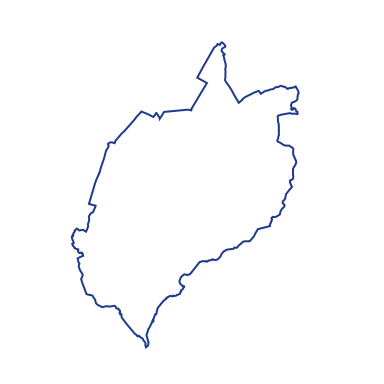 Gherta Mica, Satu Mare, Romania, rotated 161°
{"feature_id": "2599482B13722871342029", "entity_name": "Gherta Mica", "entity_type": "district", "adm_level": 2, "iso_a3": "ROU", "parent_name": "Romania", "parent_adm1": "Satu Mare", "projection": "orthographic", "projection_center": [23.217, 47.934], "detail": "fine", "context": "isolated", "style": "outline", "palette": "blue", "viewbox_px": 384, "rotation_deg": 161, "n_neighbors": 0, "source": "geoboundaries", "source_scale": "gbopen_adm2", "svg_char_len": 5958}
<svg xmlns="http://www.w3.org/2000/svg" viewBox="0 0 384 384"><g transform="rotate(161 192 192)"><path d="M286.1,60.2L283.4,61.2L282.7,62.8L282.2,63.6L282.0,64.1L282.2,65.5L281.9,67.0L281.7,71.0L281.3,72.0L279.2,74.6L278.7,75.7L275.4,78.6L275.0,79.2L273.5,80.4L272.9,81.4L271.8,81.8L271.7,82.3L271.3,82.0L270.4,82.4L270.3,82.7L270.5,84.0L270.4,84.2L269.1,85.0L268.3,86.4L267.4,87.2L266.9,87.8L266.6,88.0L266.4,88.4L265.9,88.1L265.3,88.3L264.5,90.0L263.6,91.5L262.8,92.4L262.5,93.2L261.9,93.6L261.5,94.1L260.5,94.5L259.5,95.3L258.8,95.5L258.0,96.3L256.5,96.9L254.7,98.3L252.5,98.9L251.8,99.5L250.9,99.5L250.7,99.6L250.6,100.2L250.3,100.4L249.0,100.4L246.8,100.9L246.4,100.7L245.8,100.6L244.9,99.8L244.7,99.7L243.7,100.2L242.5,99.2L241.6,99.4L240.7,99.2L239.9,99.6L239.1,99.4L238.0,99.6L236.8,99.5L235.7,100.9L235.3,100.9L234.7,101.5L234.7,102.0L233.9,102.7L232.7,103.0L231.5,103.9L231.3,104.4L230.4,104.7L230.2,105.0L230.1,105.3L231.2,106.2L231.8,106.5L232.0,107.4L233.0,108.9L233.1,109.4L233.1,110.6L232.8,112.0L232.5,112.5L231.9,112.9L231.0,114.2L230.1,115.0L228.5,115.9L226.7,116.5L226.0,116.6L225.6,116.5L223.7,115.1L223.1,115.2L222.0,114.8L220.3,115.1L207.6,123.3L206.6,123.0L205.3,123.3L203.7,123.0L201.9,121.8L200.9,122.1L200.1,121.2L198.3,121.8L197.5,121.5L196.8,121.6L196.1,121.3L195.5,121.5L194.8,121.3L194.5,121.7L192.8,120.4L191.7,119.9L189.5,120.0L188.6,120.4L186.4,121.6L185.7,122.1L184.5,123.5L181.5,125.5L180.3,125.5L179.0,126.0L177.6,126.1L171.2,124.8L170.0,125.7L169.6,125.3L168.9,125.1L167.9,124.7L166.8,125.1L165.9,125.9L159.4,128.5L153.4,126.7L147.9,129.9L145.3,132.5L143.4,134.0L141.9,135.4L129.3,134.4L129.1,135.5L128.7,135.9L128.5,136.4L127.0,137.6L126.9,138.1L126.4,138.7L125.3,139.7L125.5,140.8L125.4,141.4L124.5,141.7L123.9,142.3L123.6,142.2L122.5,141.5L120.3,141.2L116.4,142.1L114.4,145.1L112.5,146.7L109.5,148.1L108.7,149.7L109.7,151.3L109.9,152.3L109.1,153.7L107.8,154.2L105.9,155.5L105.3,156.9L103.7,159.4L101.0,161.2L95.7,164.4L96.0,165.6L96.2,169.3L95.7,170.4L95.6,170.9L92.6,171.3L91.5,172.8L91.2,173.5L91.0,175.1L88.8,181.3L85.1,184.3L84.1,185.7L83.5,186.8L84.1,194.7L83.1,197.6L82.3,199.3L82.2,200.2L82.4,200.8L84.1,202.9L84.8,204.1L89.0,205.7L89.9,206.5L90.8,207.4L91.9,209.1L93.8,211.1L94.2,211.3L94.6,211.9L94.7,212.3L94.7,212.7L93.1,214.8L92.0,216.7L91.2,217.6L91.0,218.9L90.3,220.4L89.2,223.9L88.9,224.6L88.6,225.4L88.6,226.1L88.1,227.2L87.8,228.8L87.8,230.2L87.4,232.0L86.8,233.6L86.7,234.9L85.8,236.1L81.6,236.0L74.5,234.8L73.5,234.5L71.8,233.4L68.2,232.2L67.5,231.5L67.0,231.3L66.1,233.2L67.2,234.8L67.3,235.4L67.1,236.7L67.2,237.2L68.5,238.2L68.8,238.1L69.6,237.2L70.6,237.1L70.9,237.3L70.8,237.9L71.0,237.9L71.2,238.2L70.5,238.9L70.3,239.4L70.2,241.7L70.0,242.1L68.4,243.9L68.0,244.1L66.4,243.9L65.1,244.1L63.1,244.6L62.0,245.6L61.8,246.0L61.5,247.3L60.8,248.1L60.5,249.2L59.8,250.1L59.2,250.3L59.0,251.3L58.7,252.1L58.7,252.9L59.6,258.1L61.6,257.6L63.2,258.2L64.3,258.0L65.1,258.2L65.9,258.7L67.4,258.3L68.1,258.4L68.4,258.8L68.7,259.7L69.5,260.3L69.9,261.3L70.9,261.5L72.4,262.8L73.6,263.5L76.3,263.3L79.3,263.8L81.5,262.9L84.8,263.4L87.4,263.2L88.1,263.5L89.0,263.7L91.7,263.3L94.9,262.4L95.9,265.8L96.8,265.9L100.3,265.8L110.4,264.5L112.4,264.0L115.4,262.4L118.7,261.1L120.5,269.7L121.3,274.9L122.6,280.4L123.3,282.4L124.3,286.2L124.3,286.8L123.9,288.2L123.0,289.7L121.7,293.5L121.1,294.7L121.0,295.2L121.0,295.7L120.3,297.8L119.0,300.0L118.5,302.5L118.4,305.0L118.0,308.1L117.9,309.7L118.0,311.1L116.5,311.2L116.3,311.8L117.6,314.1L118.0,315.4L117.9,316.2L117.3,317.2L116.4,317.9L113.7,318.3L113.2,318.7L113.0,319.0L113.0,319.8L114.0,322.2L114.8,323.6L115.4,323.8L115.7,323.8L117.8,322.1L118.3,322.3L119.3,323.4L119.7,323.6L120.7,322.4L124.0,321.4L140.2,307.2L149.8,298.4L142.4,290.2L165.2,271.0L165.5,270.4L165.7,270.5L166.3,269.5L169.1,271.2L192.3,276.8L198.7,271.7L198.5,273.2L198.7,274.0L199.0,274.8L199.6,277.6L200.0,278.3L200.5,278.2L201.9,276.8L204.1,275.5L208.4,280.0L213.7,284.6L215.4,283.5L221.0,280.6L221.5,279.9L236.3,271.5L239.4,270.2L247.7,265.3L249.3,263.3L251.7,265.2L253.8,265.5L255.6,265.0L256.0,264.5L255.7,263.5L255.7,262.7L258.8,259.7L259.5,259.5L264.3,252.3L270.2,244.7L272.3,241.6L274.0,239.7L273.8,239.7L278.4,234.8L280.5,232.2L293.3,214.3L287.6,210.4L287.9,209.8L292.1,205.2L294.6,204.8L297.3,202.7L298.3,199.0L300.7,195.6L301.1,194.9L301.3,193.5L302.4,192.0L305.1,189.0L307.5,191.8L311.1,192.3L311.6,193.1L311.9,194.0L312.5,194.6L313.0,194.9L313.4,194.9L314.9,193.7L315.4,193.7L315.3,193.4L315.4,193.1L316.1,192.5L317.7,191.5L317.9,191.2L317.9,190.7L318.8,189.1L319.0,189.2L319.0,189.8L319.3,189.8L319.8,189.2L320.5,187.9L320.4,187.1L320.6,185.8L320.2,184.6L320.4,183.8L320.4,182.8L320.5,182.2L321.2,182.2L322.0,182.1L321.9,181.1L322.3,180.4L322.3,180.2L321.7,179.4L321.5,178.8L321.4,177.4L321.2,177.1L320.8,177.1L320.6,176.5L319.9,175.7L318.2,174.8L318.2,174.5L318.8,173.7L319.1,173.2L319.0,172.1L318.8,171.6L318.5,171.2L317.8,170.7L317.4,170.9L316.7,170.9L315.8,170.3L315.9,169.9L316.0,169.4L315.4,168.8L315.6,168.3L315.7,167.1L319.0,166.9L321.8,166.4L322.0,164.2L322.1,163.8L322.2,162.6L321.7,161.3L321.8,160.9L323.0,159.3L323.4,157.7L323.3,154.1L322.6,151.3L322.3,149.2L322.5,148.8L323.1,147.9L325.0,146.0L325.2,145.6L325.3,141.5L325.0,130.0L324.9,129.8L323.7,128.8L320.5,127.0L319.8,126.3L319.6,125.7L319.5,124.5L318.7,121.5L319.0,118.3L318.8,117.7L318.4,116.8L317.8,115.9L315.4,113.5L315.1,112.9L313.9,112.2L310.8,112.0L309.4,111.7L308.9,111.2L305.9,110.2L304.9,110.0L303.1,109.9L302.7,109.5L302.2,109.5L301.8,108.8L301.5,107.9L301.5,106.9L301.3,106.6L300.4,106.0L300.0,105.9L299.5,105.4L299.7,104.7L299.6,104.4L298.8,103.6L298.7,103.1L298.9,102.5L299.7,101.7L299.8,101.1L299.8,100.2L299.0,100.3L298.8,100.0L298.8,99.3L298.6,99.0L299.1,98.0L299.2,96.0L296.7,88.2L292.3,76.8L290.7,74.4L290.7,73.7L290.6,73.4L290.3,73.2L288.9,73.2L288.1,71.6L286.3,69.2L286.3,68.2L285.2,64.6L285.3,63.6L285.7,62.9L286.1,61.9L286.1,60.2Z" fill="none" stroke="#1e3a8a" stroke-width="2"/></g></svg>